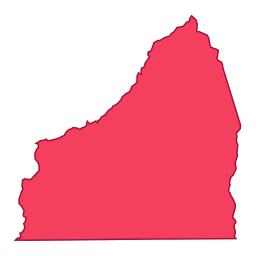 Divinópolis de Goiás, Goiás, Brazil
{"feature_id": "56859067B20210197400303", "entity_name": "Divinópolis de Goiás", "entity_type": "district", "adm_level": 2, "iso_a3": "BRA", "parent_name": "Brazil", "parent_adm1": "Goiás", "projection": "albers", "projection_center": [-46.533, -13.221], "detail": "fine", "context": "isolated", "style": "filled", "palette": "rose", "viewbox_px": 256, "rotation_deg": 0, "n_neighbors": 0, "source": "geoboundaries", "source_scale": "gbopen_adm2", "svg_char_len": 2178}
<svg xmlns="http://www.w3.org/2000/svg" viewBox="0 0 256 256"><path d="M15.4,240.1L29.3,240.2L67.9,239.9L87.0,239.7L116.0,239.4L121.5,239.3L157.7,239.0L170.3,239.0L235.9,238.6L234.4,236.8L235.3,232.4L234.9,229.9L234.1,226.9L234.4,224.3L235.8,222.6L235.4,220.5L232.6,217.4L233.2,214.8L234.2,211.5L235.1,207.9L235.3,204.3L234.1,201.6L232.7,198.5L230.7,195.2L230.0,192.9L228.6,191.6L228.9,187.8L230.1,185.0L229.4,182.4L230.4,179.3L231.0,176.8L233.2,175.2L234.0,172.9L235.2,170.9L236.1,168.5L235.6,165.8L235.3,162.1L236.5,158.5L237.5,155.8L236.9,152.9L237.2,150.0L237.5,147.4L237.8,145.0L237.0,143.2L236.3,139.4L237.0,137.4L236.4,133.2L238.5,130.8L240.2,128.8L240.6,125.4L222.9,68.0L222.5,64.9L221.5,62.1L218.1,60.5L216.9,58.5L217.5,56.0L218.3,50.4L216.6,49.3L212.6,48.0L210.3,46.7L209.2,41.1L208.7,38.2L207.2,35.2L199.4,31.8L196.7,31.5L197.2,23.9L195.9,19.8L191.6,15.8L189.8,18.7L189.3,21.3L186.5,22.3L185.1,24.1L183.2,26.3L180.4,27.0L177.0,27.5L175.0,30.5L173.2,32.5L171.1,33.7L170.0,35.9L168.0,36.5L164.3,37.8L162.1,39.4L159.8,40.4L157.9,40.7L155.8,41.5L153.7,43.0L153.1,45.4L151.6,49.6L150.2,51.6L148.3,51.8L147.9,54.8L149.5,56.9L146.9,60.6L145.2,63.0L144.2,67.0L141.6,68.1L141.1,71.4L141.3,74.2L138.5,72.9L137.0,76.3L137.1,81.0L136.1,83.4L131.5,86.9L130.8,89.9L128.8,92.3L126.6,93.2L125.0,94.5L122.2,96.9L121.0,99.7L118.7,102.5L115.8,104.8L113.2,106.0L111.6,108.4L109.3,109.7L107.6,111.5L104.9,115.0L101.3,117.1L100.2,119.4L97.8,120.7L97.7,122.7L95.7,121.1L92.7,122.6L89.8,123.9L87.3,121.3L86.7,123.6L86.3,125.9L84.6,127.0L81.9,127.9L79.8,129.5L77.8,128.3L73.3,127.5L70.8,129.1L68.8,129.7L66.4,131.8L65.2,133.8L64.2,135.5L62.0,136.4L59.7,137.7L56.1,139.0L51.4,140.2L47.8,140.8L46.2,139.2L43.8,140.2L40.4,140.8L36.0,143.4L38.2,144.1L38.4,147.1L36.1,150.4L34.8,153.9L35.3,159.3L37.5,161.7L39.0,164.8L39.2,170.7L37.3,172.4L34.6,175.5L32.3,177.8L30.9,179.6L26.8,179.2L24.7,178.8L22.6,180.0L22.0,186.3L23.0,188.6L21.4,192.1L20.3,195.5L19.2,198.6L19.0,203.5L21.6,206.2L24.2,211.0L23.3,214.0L23.3,216.0L26.1,217.8L25.2,221.7L23.8,223.5L24.6,226.3L24.5,228.8L22.8,231.7L20.0,233.3L20.6,235.4L20.5,237.6L17.5,238.3L15.4,240.1Z" fill="#f43f5e" stroke="#9f1239" stroke-width="1.5"/></svg>